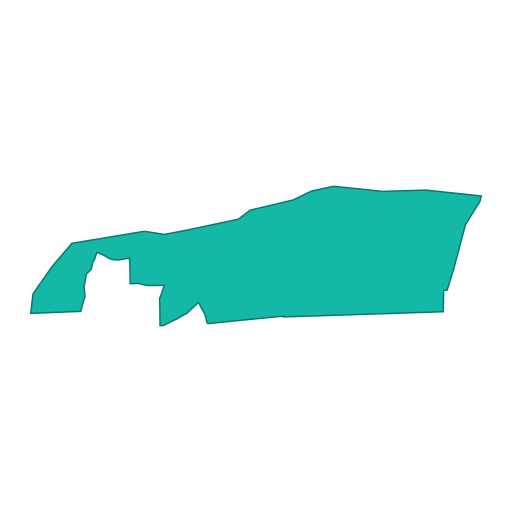 New Cairo-2, Al Qahirah, Egypt
{"feature_id": "37247803B58056872224952", "entity_name": "New Cairo-2", "entity_type": "district", "adm_level": 2, "iso_a3": "EGY", "parent_name": "Egypt", "parent_adm1": "Al Qahirah", "projection": "albers", "projection_center": [31.527, 30.074], "detail": "fine", "context": "isolated", "style": "filled", "palette": "teal", "viewbox_px": 512, "rotation_deg": 0, "n_neighbors": 0, "source": "geoboundaries", "source_scale": "gbopen_adm2", "svg_char_len": 1239}
<svg xmlns="http://www.w3.org/2000/svg" viewBox="0 0 512 512"><path d="M382.4,191.4L379.9,191.1L360.1,189.0L333.4,186.3L321.0,189.0L311.7,191.0L296.5,198.3L293.1,200.0L283.7,202.2L270.0,205.5L250.2,210.1L247.1,212.5L239.4,218.3L238.3,219.2L215.2,224.1L184.1,230.7L164.3,234.4L144.3,231.3L97.2,239.1L71.9,243.3L52.0,266.6L36.7,288.5L33.0,293.9L30.7,313.4L79.8,311.4L80.7,311.4L81.7,307.9L82.6,304.5L85.0,296.4L85.0,296.2L84.9,295.8L84.1,286.7L84.0,286.1L84.9,282.8L86.3,274.2L91.4,269.0L92.5,262.6L94.3,260.1L96.9,252.3L104.3,255.5L107.9,257.7L109.3,258.4L110.0,258.7L112.2,259.5L115.7,259.8L118.2,260.1L122.4,259.3L129.5,258.1L129.5,260.5L129.9,262.9L129.9,265.1L130.2,283.7L133.8,283.6L137.8,283.3L143.8,284.8L147.6,285.5L155.0,285.5L164.3,285.3L163.2,288.5L160.4,296.6L159.6,298.4L159.9,308.6L160.0,325.7L163.5,325.6L163.4,325.6L171.5,321.5L176.4,319.1L179.4,317.5L184.3,314.6L186.9,313.5L189.2,311.0L197.2,303.7L198.5,302.5L205.1,314.9L207.1,322.9L208.5,323.6L210.3,323.4L262.9,318.1L283.2,316.2L282.8,316.9L282.7,316.9L283.5,316.9L389.8,313.5L443.3,311.7L443.6,290.2L447.1,290.2L453.4,270.1L465.5,224.6L479.8,201.7L481.3,196.0L429.7,190.5L426.3,190.1L411.9,190.5L382.4,191.4Z" fill="#14b8a6" stroke="#0f766e" stroke-width="1.5"/></svg>